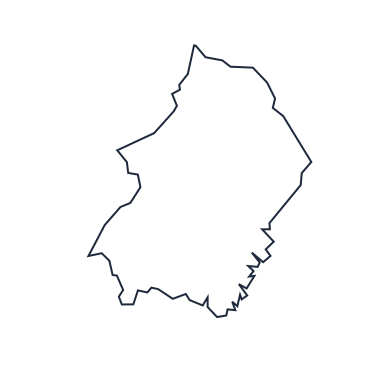 Centar Zhupa, Centar župa, North Macedonia, rotated 238°
{"feature_id": "65306769B61721229469178", "entity_name": "Centar Zhupa", "entity_type": "district", "adm_level": 2, "iso_a3": "MKD", "parent_name": "North Macedonia", "parent_adm1": "Centar župa", "projection": "equal_earth", "projection_center": [20.582, 41.471], "detail": "fine", "context": "isolated", "style": "outline", "palette": "slate", "viewbox_px": 384, "rotation_deg": 238, "n_neighbors": 0, "source": "geoboundaries", "source_scale": "gbopen_adm2", "svg_char_len": 1010}
<svg xmlns="http://www.w3.org/2000/svg" viewBox="0 0 384 384"><g transform="rotate(238 192 192)"><path d="M130.5,100.9L132.4,106.9L127.6,111.8L111.6,119.1L108.8,132.7L101.6,132.7L90.1,141.0L94.4,149.4L86.1,144.3L72.7,147.0L69.1,155.6L73.6,160.0L68.8,166.1L77.7,168.0L71.1,169.9L79.4,178.3L74.6,177.2L75.0,184.0L89.0,182.9L81.3,187.2L87.8,200.5L90.0,195.7L92.3,202.3L99.4,200.5L93.7,208.0L96.4,212.1L108.9,210.6L94.8,215.1L96.2,224.7L104.3,224.1L106.6,235.0L123.2,231.7L119.1,238.3L124.6,241.2L140.3,287.9L149.9,295.1L154.2,309.1L208.0,309.6L220.5,305.1L227.3,312.0L245.0,313.7L265.2,309.5L277.9,291.0L287.6,287.4L299.1,274.9L314.1,272.7L315.2,271.4L294.3,251.0L289.6,237.9L285.2,236.1L285.7,227.1L273.1,224.9L270.0,219.0L262.0,191.1L267.0,150.7L251.8,152.6L242.0,148.0L235.5,155.3L223.4,150.8L215.4,133.9L217.2,123.4L210.2,100.4L192.6,70.3L187.9,83.0L177.5,85.5L163.7,80.7L160.9,84.0L145.4,81.7L142.0,74.5L133.8,72.9L127.8,82.7L137.2,94.0L130.5,100.9Z" fill="none" stroke="#1e293b" stroke-width="2"/></g></svg>